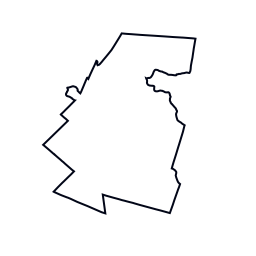 the district of Mosteni, Teleorman, Romania, rotated 165°
{"feature_id": "2599482B94185736439228", "entity_name": "Mosteni", "entity_type": "district", "adm_level": 2, "iso_a3": "ROU", "parent_name": "Romania", "parent_adm1": "Teleorman", "projection": "natural_earth1", "projection_center": [25.488, 44.193], "detail": "fine", "context": "isolated", "style": "outline", "palette": "ink", "viewbox_px": 256, "rotation_deg": 165, "n_neighbors": 0, "source": "geoboundaries", "source_scale": "gbopen_adm2", "svg_char_len": 5522}
<svg xmlns="http://www.w3.org/2000/svg" viewBox="0 0 256 256"><g transform="rotate(165 128 128)"><path d="M216.3,85.7L215.9,85.3L213.2,83.1L210.9,81.2L209.2,79.9L204.8,76.7L204.4,76.5L203.5,75.8L201.7,74.4L196.1,69.7L191.2,66.0L187.1,62.9L175.3,53.5L172.0,51.4L169.6,70.2L166.5,68.2L159.9,64.3L155.4,61.7L152.5,59.9L150.1,58.6L148.4,57.6L147.0,56.8L142.5,54.3L141.1,53.4L139.6,52.5L136.8,50.8L131.3,47.6L127.0,45.1L122.2,42.3L118.1,40.0L114.0,37.6L109.6,35.0L104.6,42.2L102.0,46.2L96.1,54.8L95.5,55.7L94.0,57.7L92.2,60.4L93.1,61.7L93.3,62.1L93.6,62.8L93.9,64.5L94.2,67.7L94.2,69.5L94.2,69.8L94.1,70.0L93.3,71.5L93.1,71.9L92.9,72.4L92.9,72.6L92.8,73.1L93.0,73.8L93.3,74.4L93.6,75.1L94.1,75.7L95.0,76.7L95.2,77.0L96.2,77.6L94.8,80.0L94.0,81.3L92.9,83.1L89.5,88.4L88.3,90.3L84.2,96.9L83.1,98.6L77.1,108.2L75.8,110.3L73.5,114.5L72.7,115.9L72.6,116.0L72.8,116.2L73.1,116.5L73.4,117.0L74.0,117.5L74.5,118.1L74.9,118.7L75.1,119.0L75.3,119.4L75.6,119.7L76.6,120.7L77.1,121.3L77.6,121.9L78.1,122.7L78.2,123.0L78.3,125.8L78.3,126.7L78.2,127.8L78.1,128.1L78.1,128.5L78.0,129.0L77.9,129.2L77.7,129.5L77.3,130.1L76.9,130.5L76.6,131.0L76.4,131.3L76.3,131.5L76.3,131.9L76.3,132.1L76.6,132.9L76.7,133.5L76.7,134.0L76.8,134.5L77.0,135.0L77.6,136.1L78.0,136.9L78.6,138.2L78.8,138.6L79.1,139.1L79.3,139.7L79.4,139.9L79.7,140.1L79.8,140.3L79.9,140.6L80.0,141.0L80.2,141.4L80.2,141.6L80.2,141.8L80.2,142.1L80.2,142.4L80.4,143.0L80.4,143.5L80.4,143.8L80.4,144.1L80.3,144.3L80.0,144.9L79.9,145.2L79.9,145.5L79.8,145.8L79.3,146.3L79.0,146.7L78.8,147.2L78.7,147.5L79.0,148.2L79.0,148.5L78.9,149.0L79.0,149.4L78.9,150.4L79.0,150.8L79.1,151.2L79.3,151.6L79.5,151.8L79.8,152.1L80.1,152.2L80.7,152.2L81.0,152.3L81.4,152.4L82.1,152.6L82.5,152.8L82.9,153.0L83.2,153.2L83.5,153.6L83.8,153.8L84.2,154.3L84.5,154.5L84.8,154.6L85.2,155.0L85.5,155.2L86.1,155.3L86.7,155.7L87.1,155.8L87.6,155.8L87.9,155.9L88.1,155.9L88.6,155.8L89.8,155.8L90.4,155.9L91.1,156.1L91.5,156.2L92.0,156.5L92.3,156.8L92.6,157.0L92.7,157.3L92.8,157.6L92.8,158.0L92.8,158.4L92.5,159.4L92.2,160.3L91.9,160.9L91.9,161.1L91.9,161.3L92.0,161.6L92.2,161.8L92.4,162.0L92.9,162.3L93.1,162.4L93.4,162.4L93.8,162.6L94.5,162.8L95.2,163.1L95.6,163.2L95.9,163.3L96.2,163.5L96.6,163.8L97.3,164.3L97.5,164.6L97.6,164.9L97.7,165.2L97.9,165.7L98.0,165.9L98.0,166.7L98.0,166.8L97.8,167.1L97.8,167.3L97.6,167.8L97.4,168.4L97.3,168.8L97.3,169.4L97.3,169.9L97.5,170.6L97.6,171.0L97.6,171.3L97.3,171.0L96.4,171.1L95.9,171.1L95.4,171.1L94.8,170.9L94.6,170.8L94.3,170.8L94.0,170.8L93.1,171.0L92.4,171.4L91.8,171.9L90.9,172.7L90.0,173.7L89.3,174.7L88.8,175.4L88.3,176.0L87.7,176.5L87.4,176.8L87.1,177.0L86.7,177.1L86.3,177.1L86.1,177.1L84.5,176.4L84.2,176.2L83.5,175.5L83.1,175.0L82.7,174.8L81.9,174.3L81.2,173.9L80.7,173.8L80.5,173.7L80.3,173.6L80.1,173.3L79.9,173.1L79.5,172.8L79.2,172.6L78.8,172.3L78.7,172.1L78.4,172.0L78.2,171.9L77.4,171.2L76.9,170.8L76.4,170.4L76.0,169.8L75.9,169.6L75.7,169.5L75.5,169.3L75.2,169.1L74.9,168.9L74.7,168.8L74.0,168.6L72.8,168.3L71.5,167.8L70.3,167.3L69.8,167.0L68.8,166.7L68.5,166.6L68.3,166.5L68.0,166.5L67.6,166.5L67.4,166.7L67.4,166.9L67.3,167.1L67.2,167.2L66.9,167.2L65.6,167.0L64.9,167.1L64.6,167.0L64.2,166.9L63.8,166.8L63.4,166.7L62.3,166.8L61.7,166.8L60.8,166.7L59.6,166.5L57.9,166.5L56.9,166.4L56.7,166.3L55.7,165.8L54.9,165.4L54.6,165.3L54.4,165.3L53.6,166.2L53.5,166.3L53.4,166.4L52.9,167.2L52.6,167.9L52.2,168.8L51.1,171.9L49.1,176.1L47.6,179.1L45.6,183.8L44.9,185.4L43.8,188.0L42.9,189.9L42.4,191.0L40.7,194.7L39.7,196.8L41.6,197.6L51.5,201.1L53.7,201.8L60.9,204.2L68.7,206.9L74.9,209.0L80.2,210.8L91.5,214.6L100.6,217.8L105.3,219.4L109.6,221.0L111.8,218.8L113.8,216.9L120.6,210.5L121.7,209.5L123.9,207.5L127.2,205.1L130.8,202.5L134.4,200.0L136.0,198.8L137.8,197.6L138.3,197.2L138.5,197.2L138.9,197.0L139.5,196.6L140.0,196.6L141.1,196.5L141.2,196.9L141.3,197.9L141.2,198.1L141.0,198.6L140.8,198.9L140.7,199.1L140.5,199.4L140.4,199.8L140.5,200.0L140.6,200.4L140.7,200.7L140.8,200.8L140.9,201.0L141.1,201.1L143.8,197.6L147.8,192.9L150.2,190.0L151.4,188.5L152.7,186.9L153.6,185.7L154.3,187.1L154.5,187.1L156.9,184.2L157.0,184.0L158.5,182.1L159.7,180.5L162.9,176.4L163.9,175.1L165.1,173.8L165.8,174.8L166.3,175.8L167.0,176.9L167.0,177.1L167.0,177.3L166.8,177.6L166.7,178.1L166.7,178.3L166.7,178.6L166.8,178.9L167.3,180.1L167.4,180.3L167.6,180.7L167.9,181.1L168.2,181.3L168.6,181.6L170.1,182.5L170.4,182.5L170.6,182.6L171.2,182.6L172.6,182.5L173.4,182.5L173.7,182.4L174.0,182.4L175.2,182.5L175.8,182.6L176.2,182.6L176.3,182.5L176.3,182.4L176.1,181.5L176.1,181.1L176.1,180.6L176.2,180.2L176.4,179.9L176.6,179.6L177.0,179.3L177.3,179.1L177.5,179.0L177.6,178.7L177.8,178.3L178.0,178.0L178.4,177.8L178.6,177.7L178.9,177.2L179.1,176.9L179.2,176.5L179.2,176.2L179.2,175.8L179.1,175.5L178.9,175.1L178.8,174.9L178.6,174.7L178.3,174.4L177.8,174.2L176.9,173.6L176.5,173.4L176.2,173.1L175.8,172.7L175.5,172.4L175.2,172.0L175.1,171.9L174.8,171.7L174.7,171.6L174.4,171.2L174.3,170.8L174.2,170.6L174.0,170.3L173.7,170.0L173.0,169.3L172.9,168.9L172.5,168.6L172.1,168.4L173.1,167.8L173.4,167.6L174.2,167.1L174.7,166.9L175.6,166.3L176.9,165.6L178.0,164.9L183.1,162.0L184.5,161.2L185.1,160.8L187.6,159.4L189.0,158.7L189.4,158.4L187.0,154.7L185.6,152.8L184.2,150.5L214.3,133.7L211.1,129.1L206.0,121.5L205.9,121.6L205.1,120.3L204.4,119.2L203.1,117.3L201.3,114.7L200.5,113.4L199.1,111.5L199.0,111.3L198.0,109.7L194.1,103.9L193.1,102.4L191.4,100.1L195.1,97.9L198.6,96.0L203.9,93.0L205.6,92.1L210.6,89.2L213.7,87.3L216.3,85.7Z" fill="none" stroke="#020617" stroke-width="2"/></g></svg>